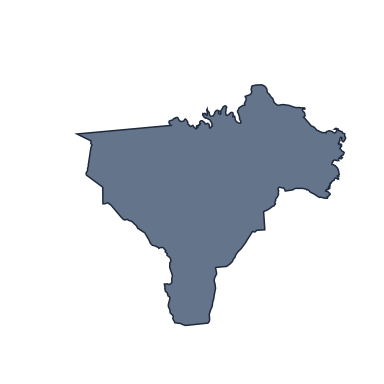 the district of N'Zi, N'zi-Comoé, Ivory Coast, rotated 204°
{"feature_id": "98640826B73875625736421", "entity_name": "N'Zi", "entity_type": "district", "adm_level": 2, "iso_a3": "CIV", "parent_name": "Ivory Coast", "parent_adm1": "N'zi-Comoé", "projection": "albers", "projection_center": [-4.64, 7.021], "detail": "fine", "context": "isolated", "style": "filled", "palette": "slate", "viewbox_px": 384, "rotation_deg": 204, "n_neighbors": 0, "source": "geoboundaries", "source_scale": "gbopen_adm2", "svg_char_len": 5994}
<svg xmlns="http://www.w3.org/2000/svg" viewBox="0 0 384 384"><g transform="rotate(204 192 192)"><path d="M122.9,314.4L123.8,314.5L126.3,313.3L128.5,312.8L130.1,311.9L132.5,311.1L138.5,310.6L143.6,309.2L145.4,308.4L147.2,307.1L149.4,306.0L153.3,307.1L156.3,310.3L158.5,311.0L161.0,312.7L163.3,313.4L163.8,313.7L165.4,316.3L167.1,317.6L168.6,318.2L171.5,318.4L175.4,316.6L177.4,315.5L180.1,313.5L180.3,312.7L179.7,309.8L178.2,307.9L178.0,306.6L178.2,305.5L178.8,304.3L182.3,301.0L181.8,300.3L180.8,299.7L180.3,299.0L180.0,297.8L180.1,294.2L179.6,293.8L179.2,292.7L180.6,291.9L182.2,289.7L183.3,287.8L183.1,286.3L183.4,284.7L183.0,283.7L181.0,282.0L179.4,280.2L178.0,277.7L176.1,276.4L175.6,275.5L175.7,274.5L177.4,274.0L179.9,274.3L180.7,274.7L181.5,275.2L182.3,276.3L183.7,278.4L184.1,278.6L185.2,277.4L186.1,280.0L187.1,281.1L188.1,280.9L188.9,280.4L190.0,277.8L191.0,276.2L192.2,276.2L193.7,278.5L193.9,279.7L194.3,280.3L194.3,280.9L194.8,281.7L194.7,283.5L195.2,284.0L196.2,284.3L197.1,284.0L198.2,282.4L198.2,280.7L198.7,278.4L198.6,277.3L197.7,275.7L197.6,274.7L197.9,274.4L199.2,274.4L199.6,274.7L200.0,275.7L199.5,276.5L199.9,276.9L200.6,277.1L202.1,277.0L202.4,276.8L203.0,276.1L203.5,274.5L203.3,271.7L203.6,270.5L204.5,269.2L205.8,268.9L206.7,269.1L208.3,270.8L208.6,271.7L211.0,272.7L211.9,274.0L211.8,272.5L211.4,272.4L210.2,270.6L209.5,268.2L210.0,268.2L211.2,268.9L212.0,269.1L212.6,268.9L212.8,268.3L214.0,268.1L213.5,266.5L213.1,266.2L212.1,266.1L211.5,265.3L209.8,264.9L209.0,265.4L204.7,265.1L203.5,264.0L201.8,263.0L201.3,261.8L200.3,260.7L200.9,260.0L200.8,258.6L201.7,257.6L202.1,257.8L203.4,260.1L204.5,260.9L205.6,261.1L206.9,259.9L207.5,259.6L208.8,260.6L211.8,261.3L212.9,260.6L213.4,259.5L212.9,258.0L212.1,257.7L212.2,256.7L212.3,256.3L212.7,256.5L213.1,256.3L213.6,255.1L214.5,254.5L214.7,254.0L214.5,253.3L214.2,253.1L213.2,254.1L213.1,253.7L213.5,252.9L213.4,252.2L213.6,251.7L214.4,251.3L217.1,252.3L218.1,253.2L218.6,253.0L219.1,252.1L219.7,251.4L220.7,251.3L220.8,251.6L221.8,252.0L223.1,252.1L224.5,254.3L226.3,255.5L227.6,256.0L228.2,255.5L228.3,253.6L230.7,251.8L232.9,252.2L234.7,253.8L236.1,254.1L237.0,253.4L237.2,252.4L238.0,252.3L238.9,250.7L238.9,250.2L239.2,249.7L241.2,248.1L241.7,247.2L241.3,246.2L240.5,245.3L239.9,245.2L239.1,244.5L238.3,244.3L320.7,198.2L305.0,197.6L304.2,195.2L302.5,194.3L302.5,192.2L302.0,190.0L297.7,174.3L297.2,173.5L297.0,171.0L296.4,169.9L296.1,168.2L296.5,166.8L296.4,166.2L295.6,164.8L295.3,164.5L275.5,160.1L268.6,145.0L266.5,146.0L265.7,147.0L264.5,147.7L263.8,147.9L262.7,147.3L261.4,147.3L260.3,146.9L247.5,140.7L243.5,139.0L241.9,139.2L240.1,140.6L237.5,140.3L235.8,140.7L235.0,140.6L228.9,138.5L226.7,136.6L224.9,136.7L224.0,136.2L222.0,136.2L221.6,135.8L219.5,135.7L218.2,135.3L211.2,130.2L209.3,128.3L207.4,127.5L206.4,127.2L204.1,127.7L200.2,127.6L199.3,127.0L198.5,128.3L197.5,128.6L196.3,129.4L195.2,129.3L194.3,128.7L192.1,128.0L192.3,126.9L192.1,126.4L191.4,126.4L189.9,125.5L189.5,125.5L189.1,124.0L185.8,123.2L184.8,122.6L183.3,120.7L183.1,120.1L183.5,118.4L181.7,114.0L176.1,108.0L175.5,106.2L175.2,104.6L173.8,101.6L173.7,100.8L174.2,99.5L175.5,98.1L177.1,98.1L178.6,97.1L179.8,96.8L179.1,95.4L178.1,94.5L177.4,92.4L176.6,91.7L176.0,90.5L173.6,89.8L171.6,87.3L169.9,87.1L169.2,86.3L168.7,85.1L168.1,80.8L167.7,79.2L166.9,77.6L164.5,75.6L162.7,72.6L159.8,71.7L158.7,70.9L158.3,70.2L158.2,68.7L156.6,67.3L155.5,66.7L154.6,65.6L150.1,66.8L149.3,67.3L146.8,67.1L143.7,67.4L124.1,78.7L123.6,80.7L124.0,82.6L126.5,87.3L127.0,91.6L127.1,95.9L128.3,99.9L128.7,103.3L129.6,106.1L131.3,113.6L133.7,117.5L135.7,119.9L136.4,122.8L136.2,126.9L136.4,127.7L139.7,132.4L139.4,132.9L130.1,138.1L128.1,141.6L127.2,143.8L126.9,145.0L126.9,147.6L126.2,149.6L126.5,151.8L126.2,153.7L125.8,155.8L124.0,160.3L122.3,168.5L122.3,169.3L120.7,180.3L120.4,180.7L119.2,180.7L117.9,181.5L117.4,183.3L110.1,187.1L118.5,203.0L118.4,203.4L115.8,206.3L114.1,208.8L112.6,211.5L111.3,212.9L111.4,213.9L110.9,214.7L111.1,215.4L112.0,216.0L112.2,217.0L112.1,218.4L112.7,219.5L112.5,221.0L112.0,222.0L112.0,225.1L112.9,226.5L113.3,228.3L114.6,229.3L114.6,231.5L113.9,232.0L111.4,232.4L110.0,232.9L108.8,232.4L107.2,230.8L100.7,235.0L100.1,236.2L98.7,237.5L92.7,240.2L89.1,241.0L88.0,240.6L87.3,241.2L86.7,241.2L83.8,240.0L79.6,239.8L73.8,238.9L73.1,239.0L72.0,239.7L69.2,240.1L67.0,240.7L65.9,241.2L65.7,241.7L65.8,242.1L66.2,242.0L66.5,242.5L65.7,243.7L64.8,246.0L65.5,246.9L67.0,247.0L67.8,247.6L68.8,247.7L69.8,247.1L70.4,247.2L70.4,248.1L70.1,248.9L68.5,250.1L67.7,251.1L67.7,251.8L68.0,252.1L69.2,251.5L69.4,252.7L68.3,253.7L68.7,254.9L69.4,255.2L69.2,256.7L68.8,256.6L68.5,256.8L68.3,258.6L67.7,259.8L67.0,260.4L66.9,261.1L67.2,262.2L66.5,263.3L63.9,263.0L63.4,263.3L63.3,263.6L65.6,265.5L65.8,265.9L64.6,266.3L64.9,266.5L64.9,267.0L64.5,267.9L65.5,268.9L66.3,270.4L67.5,271.6L67.7,272.1L68.9,273.0L71.9,274.3L72.6,274.1L73.5,274.5L75.4,274.2L75.9,275.6L75.5,277.1L75.9,277.4L75.2,279.0L74.5,279.3L74.0,279.2L73.1,279.7L72.2,279.6L71.7,280.2L70.7,280.4L71.3,281.5L71.4,283.3L69.3,282.9L68.6,284.6L70.5,285.0L70.4,285.5L69.0,287.2L69.1,287.9L68.8,288.9L69.0,289.8L69.9,290.4L71.4,290.3L73.8,291.6L74.7,291.8L74.1,294.3L75.0,294.3L75.3,294.6L75.2,295.1L74.3,295.3L74.5,295.9L75.4,296.4L77.3,295.7L77.6,295.3L78.0,295.7L77.9,296.6L77.7,297.1L78.1,297.7L77.6,299.1L78.4,300.0L78.6,301.1L78.2,302.7L77.3,302.5L76.4,300.5L75.1,299.4L74.6,299.2L74.1,299.5L73.7,300.6L73.5,303.8L74.2,304.5L74.9,304.6L76.3,307.4L78.1,307.1L79.6,308.2L81.3,307.7L81.9,308.1L82.9,307.8L83.6,308.3L83.8,308.9L86.4,308.8L87.4,307.4L85.3,308.0L84.8,307.9L84.5,307.5L85.0,304.8L85.3,304.2L86.4,303.8L89.4,304.3L91.7,303.7L93.6,301.9L93.8,301.5L93.7,300.5L95.4,300.1L97.2,299.1L97.7,299.4L99.4,299.1L101.6,299.4L103.0,299.2L106.5,300.8L108.1,301.0L110.0,300.9L119.1,305.3L120.5,305.7L119.7,307.3L119.8,307.8L121.2,309.8L121.8,310.4L123.6,310.9L124.3,311.5L124.6,312.2L124.4,312.8L122.7,313.6L122.9,314.4Z" fill="#64748b" stroke="#1e293b" stroke-width="1.5"/></g></svg>